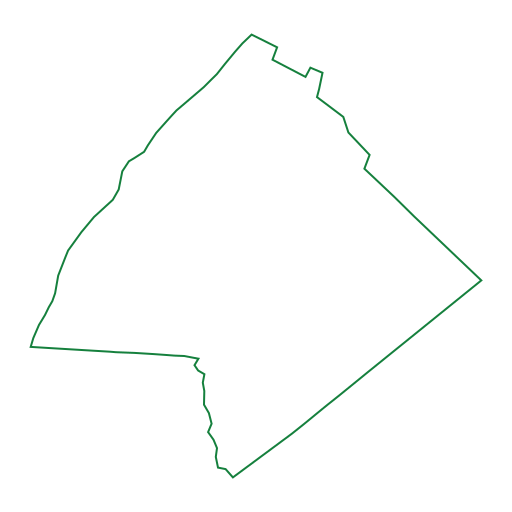 Chuí, Rio Grande do Sul, Brazil (orthographic projection)
{"feature_id": "56859067B65992247810501", "entity_name": "Chuí", "entity_type": "district", "adm_level": 2, "iso_a3": "BRA", "parent_name": "Brazil", "parent_adm1": "Rio Grande do Sul", "projection": "orthographic", "projection_center": [-53.439, -33.652], "detail": "fine", "context": "isolated", "style": "outline", "palette": "green", "viewbox_px": 512, "rotation_deg": 0, "n_neighbors": 0, "source": "geoboundaries", "source_scale": "gbopen_adm2", "svg_char_len": 1046}
<svg xmlns="http://www.w3.org/2000/svg" viewBox="0 0 512 512"><path d="M232.9,477.4L292.0,433.6L304.4,423.7L322.3,409.0L327.6,404.7L339.9,394.9L368.5,371.6L481.3,280.4L414.3,216.6L394.3,196.9L364.4,168.7L369.6,154.9L348.4,132.5L343.3,116.9L317.0,97.1L319.1,89.1L322.5,72.8L310.4,67.7L305.5,76.9L272.5,59.7L277.1,47.3L251.6,34.6L242.4,43.4L235.1,51.7L224.9,64.0L216.8,74.2L211.3,79.6L203.7,87.2L189.2,99.6L176.5,110.4L171.7,115.6L166.2,121.7L156.2,132.9L147.9,145.3L144.1,151.8L134.6,157.9L128.9,161.3L122.3,171.3L118.7,189.5L112.8,199.8L94.0,217.0L81.4,232.1L68.1,250.5L65.5,256.9L58.2,275.6L55.1,293.3L52.3,301.2L48.8,307.2L45.0,315.0L39.0,324.9L33.3,338.1L30.7,346.9L53.6,348.3L93.2,350.7L110.0,351.7L115.9,352.2L126.4,352.6L134.4,352.9L141.0,353.3L153.9,354.1L167.9,355.1L174.3,355.6L184.2,356.0L198.4,358.7L194.5,365.2L198.1,370.5L204.4,374.2L202.8,382.7L204.3,391.0L204.0,404.7L208.9,413.1L211.6,423.7L208.1,432.1L213.5,439.7L217.0,448.1L215.8,456.9L218.0,467.6L225.6,469.1L232.9,477.4Z" fill="none" stroke="#15803d" stroke-width="2"/></svg>